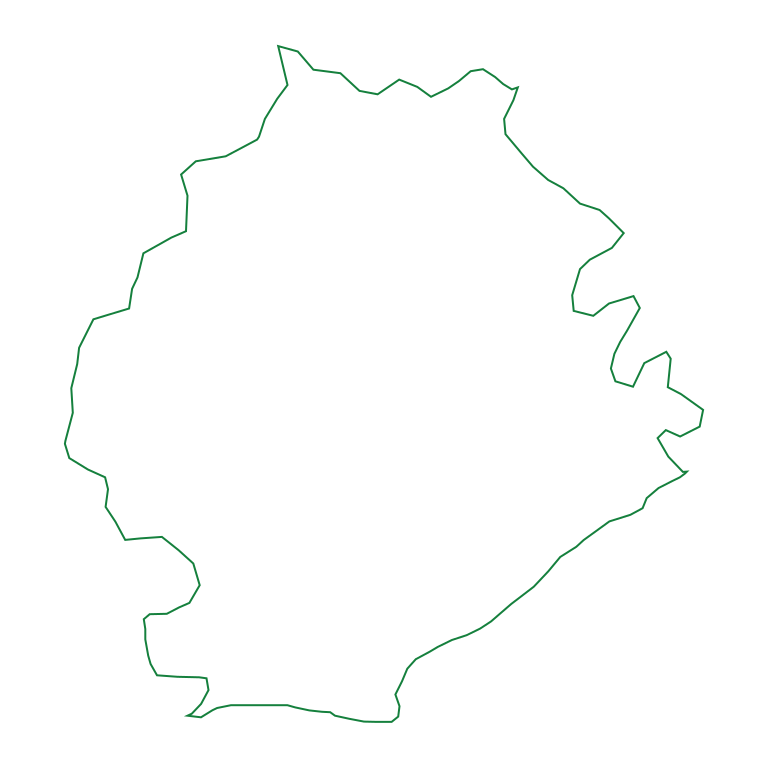 outline of Maroni, Larnaca, Cyprus
{"feature_id": "46923920B60231946210066", "entity_name": "Maroni", "entity_type": "district", "adm_level": 2, "iso_a3": "CYP", "parent_name": "Cyprus", "parent_adm1": "Larnaca", "projection": "albers", "projection_center": [33.37, 34.753], "detail": "fine", "context": "isolated", "style": "outline", "palette": "green", "viewbox_px": 768, "rotation_deg": 0, "n_neighbors": 0, "source": "geoboundaries", "source_scale": "gbopen_adm2", "svg_char_len": 1934}
<svg xmlns="http://www.w3.org/2000/svg" viewBox="0 0 768 768"><path d="M517.8,87.4L511.9,89.4L503.1,84.0L495.2,77.1L483.0,69.2L470.7,71.2L459.0,81.0L448.2,88.4L431.0,96.8L417.3,86.9L399.2,79.6L377.6,94.3L359.5,90.9L340.4,73.2L313.4,69.7L297.8,51.5L278.2,46.1L287.5,85.0L277.2,98.8L264.9,118.9L259.0,136.7L257.1,139.6L225.7,156.3L195.8,161.3L181.1,174.5L187.5,195.7L186.0,231.2L171.3,237.6L143.4,253.3L137.5,277.4L132.1,288.8L129.1,308.5L109.5,314.4L93.4,319.3L79.1,347.8L77.2,364.1L71.3,388.2L72.8,412.8L65.4,440.9L64.9,443.8L69.3,458.1L87.9,469.5L105.1,477.3L108.0,489.2L105.6,506.9L115.4,521.7L125.2,539.9L140.4,538.4L161.9,536.9L178.6,550.2L193.3,563.5L199.7,585.2L189.4,602.9L179.1,607.4L166.8,613.8L149.7,614.2L143.8,619.2L145.3,629.0L145.3,639.4L148.2,655.6L150.6,664.0L157.0,675.3L177.6,676.8L199.2,677.3L206.5,678.3L208.5,690.1L201.1,703.9L191.8,713.7L187.5,715.7L201.0,717.3L212.5,710.2L217.1,708.0L231.0,705.2L242.8,705.2L256.5,705.2L269.7,705.2L287.4,705.2L295.2,707.4L309.3,710.4L322.1,711.8L330.2,712.2L335.0,715.7L349.3,718.8L364.0,721.6L377.5,721.9L391.6,721.9L398.2,716.6L399.5,706.2L395.4,694.5L402.0,681.3L407.3,668.7L415.8,659.2L429.9,651.6L437.8,646.9L451.9,640.0L466.6,635.2L480.1,628.6L491.1,621.4L500.2,613.5L511.2,604.0L533.8,586.7L548.4,571.2L560.3,556.9L576.3,546.8L583.6,540.1L609.4,521.4L630.4,514.8L642.6,508.2L646.7,498.1L658.6,488.0L672.1,481.1L679.9,477.3L685.0,473.5L686.9,471.6L682.9,471.9L668.3,456.6L657.6,438.1L665.8,430.1L680.1,436.5L699.7,426.6L703.1,409.9L681.0,394.1L667.8,387.2L670.7,358.7L666.3,351.8L644.3,363.1L633.0,386.7L615.4,381.3L610.9,368.5L614.4,353.8L620.2,341.9L627.1,330.6L639.8,308.0L633.5,296.1L609.0,303.5L593.3,315.8L573.7,310.9L572.2,295.2L580.0,269.1L589.8,259.7L611.9,247.9L623.7,233.1L609.0,218.4L599.6,210.0L580.0,203.6L563.4,188.3L548.2,180.0L533.0,166.7L521.2,152.9L505.5,134.2L504.1,118.9L513.4,100.2L517.8,87.4Z" fill="none" stroke="#15803d" stroke-width="2"/></svg>